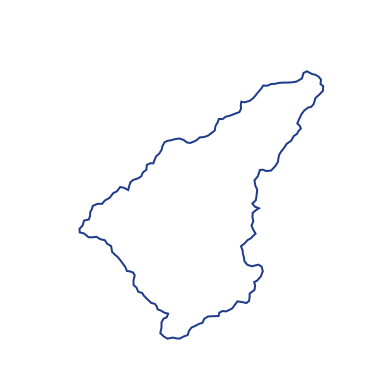 the district of Igaratá, São Paulo, Brazil, rotated 16°
{"feature_id": "56859067B80175749845974", "entity_name": "Igaratá", "entity_type": "district", "adm_level": 2, "iso_a3": "BRA", "parent_name": "Brazil", "parent_adm1": "São Paulo", "projection": "mercator", "projection_center": [-46.144, -23.122], "detail": "fine", "context": "isolated", "style": "outline", "palette": "blue", "viewbox_px": 384, "rotation_deg": 16, "n_neighbors": 0, "source": "geoboundaries", "source_scale": "gbopen_adm2", "svg_char_len": 2675}
<svg xmlns="http://www.w3.org/2000/svg" viewBox="0 0 384 384"><g transform="rotate(16 192 192)"><path d="M274.7,45.5L269.2,44.3L266.4,46.8L266.4,52.5L264.4,54.6L262.2,56.9L259.6,58.3L254.9,60.1L249.3,61.8L244.9,63.4L242.1,65.1L238.4,66.3L235.3,69.0L231.1,70.1L230.0,73.6L227.9,78.2L226.4,81.8L225.1,84.7L222.3,88.5L217.8,91.3L214.5,91.6L215.0,95.3L216.2,98.5L215.5,102.2L212.2,104.5L207.7,108.0L203.6,110.4L201.3,113.5L197.7,114.4L197.5,118.0L196.4,121.9L196.9,126.7L194.7,129.7L191.8,133.5L188.0,136.1L184.5,137.3L181.5,141.7L176.9,145.3L173.5,145.8L169.5,144.2L164.9,144.1L160.8,146.0L157.9,147.9L154.5,149.5L152.0,151.6L150.9,156.2L151.2,159.6L150.0,163.9L147.6,167.8L147.2,171.9L146.9,175.1L144.1,175.8L141.1,178.4L142.0,183.3L139.4,186.6L138.9,190.9L136.3,193.8L132.3,196.5L130.1,199.6L130.0,204.3L130.1,207.7L125.3,206.7L121.6,207.0L119.6,212.1L116.6,214.8L114.4,220.3L110.5,224.3L108.9,228.1L104.4,229.4L100.4,232.8L100.4,236.4L99.7,239.4L100.6,243.1L100.4,246.8L96.1,249.2L96.1,254.3L94.0,258.3L95.2,261.8L99.7,261.6L104.9,264.0L108.8,263.0L112.4,261.4L116.7,262.6L121.6,262.4L124.4,265.0L129.2,266.3L131.7,271.6L135.2,273.5L138.4,274.9L142.3,277.6L146.1,280.6L148.6,282.5L151.2,285.9L154.3,285.4L157.6,285.7L159.9,287.9L160.1,293.0L161.4,297.4L165.1,299.3L167.8,302.7L172.1,302.9L174.3,304.9L178.1,307.1L183.2,309.8L187.1,309.8L189.6,311.7L191.3,314.3L195.0,314.6L198.7,315.6L202.6,315.5L202.3,319.4L199.5,321.7L198.6,325.6L200.1,331.0L200.4,336.4L205.0,338.8L208.8,339.7L213.8,337.2L217.6,337.0L220.6,336.3L223.7,333.3L227.3,330.7L227.4,326.3L228.8,322.5L232.6,319.3L235.4,316.6L238.1,314.9L238.7,310.6L241.6,307.3L245.4,305.9L248.8,304.9L251.8,303.8L251.5,300.5L254.0,298.1L257.9,297.3L262.8,292.8L264.6,287.8L265.8,284.6L270.5,284.0L275.0,283.7L276.9,280.9L276.3,276.9L275.4,273.7L277.2,271.3L279.1,268.9L278.4,264.4L276.6,261.4L278.9,259.4L281.4,254.3L281.9,248.6L279.4,244.5L276.0,243.5L270.0,246.9L265.2,246.7L261.6,244.2L259.7,240.2L257.9,237.2L256.7,234.1L254.0,230.6L256.7,227.0L258.7,222.9L261.3,220.3L262.7,217.6L264.6,214.5L261.1,211.2L258.5,208.0L259.0,203.4L257.0,199.4L256.1,195.2L258.7,191.5L260.8,189.2L256.2,188.7L253.2,186.4L255.6,182.4L255.1,178.1L254.0,171.6L251.3,168.7L248.8,163.6L250.9,159.0L251.1,155.7L251.2,152.1L254.1,151.0L257.6,151.4L262.1,149.6L265.0,144.0L266.3,139.5L265.8,136.0L265.5,132.4L266.6,128.4L268.3,124.4L269.7,119.7L273.2,115.3L274.4,110.2L276.9,107.2L277.5,104.1L279.2,101.1L277.4,98.7L274.3,97.1L274.9,92.5L275.8,87.0L277.5,82.6L280.5,78.7L283.1,77.3L284.7,74.0L284.8,67.5L287.8,62.9L290.0,58.5L288.9,54.1L285.8,52.8L285.0,48.4L282.0,46.3L278.6,45.3L274.7,45.5Z" fill="none" stroke="#1e3a8a" stroke-width="2"/></g></svg>